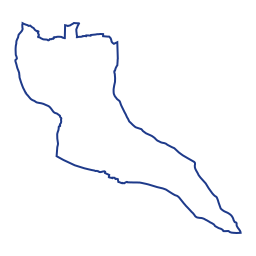 Si Mahosot, Prachin Buri, Thailand
{"feature_id": "78962969B41561963673691", "entity_name": "Si Mahosot", "entity_type": "district", "adm_level": 2, "iso_a3": "THA", "parent_name": "Thailand", "parent_adm1": "Prachin Buri", "projection": "mercator", "projection_center": [101.408, 13.873], "detail": "fine", "context": "isolated", "style": "outline", "palette": "blue", "viewbox_px": 256, "rotation_deg": 0, "n_neighbors": 0, "source": "geoboundaries", "source_scale": "gbopen_adm2", "svg_char_len": 5479}
<svg xmlns="http://www.w3.org/2000/svg" viewBox="0 0 256 256"><path d="M56.6,156.2L63.5,160.0L71.6,163.8L74.8,165.3L76.7,165.9L84.4,168.3L88.5,169.3L92.0,170.1L94.2,170.5L95.5,171.0L97.0,170.9L97.6,171.2L98.5,171.3L98.7,171.6L99.3,172.0L100.6,172.1L101.8,171.8L102.9,171.5L103.9,171.4L104.3,171.3L105.1,171.7L105.0,173.0L107.8,174.3L109.2,174.9L109.0,176.1L108.8,177.1L109.0,177.3L110.5,177.7L110.9,177.7L112.3,178.1L112.5,177.7L114.6,177.8L115.5,179.0L116.7,178.8L117.1,178.9L117.5,179.2L117.8,179.2L118.1,180.7L118.4,182.0L119.5,182.2L120.8,182.8L122.1,183.2L122.3,182.9L123.3,183.1L124.1,183.3L124.9,182.8L125.2,182.6L125.5,182.5L125.8,182.3L126.9,181.9L127.3,182.0L127.7,182.3L127.8,182.3L129.3,182.3L129.7,182.4L137.7,182.5L139.4,182.5L141.1,182.8L146.2,183.9L148.6,184.5L157.2,187.1L162.7,188.4L165.0,189.2L166.2,189.7L169.1,191.6L172.6,193.8L174.9,195.1L176.9,195.8L177.5,196.1L178.6,197.0L179.2,197.6L184.0,203.6L185.0,204.7L185.7,205.6L188.2,208.2L190.8,211.0L191.5,211.8L193.0,213.2L194.2,214.7L195.3,216.3L195.8,216.7L196.3,217.0L197.2,217.5L199.8,217.9L201.4,218.0L202.2,218.2L203.2,218.5L204.4,219.0L205.5,219.7L206.6,220.2L209.7,222.0L210.2,222.4L211.6,223.0L213.7,224.3L214.2,224.8L215.1,226.1L218.7,228.1L220.9,228.8L222.4,229.7L222.8,230.0L223.0,230.5L223.3,231.0L223.6,231.1L226.4,231.1L228.3,231.0L228.6,231.1L229.9,232.1L231.5,232.6L233.3,232.8L236.6,233.0L240.6,232.8L240.5,232.0L240.0,230.8L239.0,229.3L237.9,227.9L237.2,226.7L236.8,225.9L236.6,225.2L236.6,224.6L236.6,223.9L236.6,223.3L236.4,222.9L236.2,222.6L235.6,222.3L234.9,222.2L234.6,221.9L233.7,220.3L233.1,218.4L232.5,217.2L231.5,215.7L231.0,215.2L230.1,214.4L228.5,213.3L227.4,212.7L224.7,211.5L223.6,210.9L222.1,209.8L221.5,209.3L220.7,208.5L220.4,207.7L218.5,202.3L218.0,200.5L217.2,198.4L216.8,197.5L216.4,196.9L214.8,195.9L213.6,194.8L212.2,193.2L208.7,188.3L205.7,183.4L200.4,177.5L198.6,175.1L197.7,173.2L196.2,170.6L195.4,169.0L195.1,168.1L194.9,167.4L194.8,165.5L195.0,164.5L195.0,163.5L194.9,162.9L194.8,162.6L194.5,162.3L194.2,161.9L187.7,158.2L182.9,155.4L180.8,153.9L178.8,152.4L174.3,148.2L171.8,147.1L169.1,145.7L167.4,144.8L166.1,143.8L165.6,143.6L164.9,143.3L164.3,143.1L162.1,142.7L160.8,142.3L159.5,141.6L157.4,140.6L156.8,140.1L155.5,138.9L154.9,138.2L154.2,137.6L152.1,136.1L150.7,135.4L146.0,133.3L142.9,131.0L141.9,129.7L141.5,129.3L141.2,129.1L137.8,128.0L136.0,127.4L135.0,126.8L132.8,124.9L130.8,122.9L129.4,121.6L129.1,121.2L128.1,119.0L127.0,117.2L125.7,114.3L124.5,112.1L121.6,106.2L121.0,104.9L119.9,101.7L119.4,100.9L117.0,99.0L116.4,98.2L115.9,97.5L115.2,96.7L114.7,95.9L113.9,94.0L113.7,93.0L113.6,91.4L113.6,90.3L113.6,89.2L113.8,87.9L114.2,85.5L115.0,81.9L115.1,78.1L114.9,75.6L114.8,74.0L114.6,73.3L114.4,72.8L114.3,71.6L114.6,70.7L114.9,70.5L115.0,70.5L115.3,69.5L115.4,69.0L115.7,68.1L116.7,66.1L116.9,65.9L117.3,65.4L117.6,61.2L117.6,60.7L117.7,59.1L117.8,58.8L117.3,42.2L113.9,43.8L112.7,43.0L112.1,42.3L111.7,41.8L111.6,41.6L111.2,39.8L110.7,38.4L110.6,38.2L110.0,37.6L109.3,36.7L109.1,36.6L107.6,36.6L103.1,36.2L103.1,34.1L100.4,34.0L98.5,34.2L97.1,34.2L95.7,34.5L91.8,34.9L90.9,35.0L90.6,35.7L89.1,35.5L86.4,35.4L86.4,35.5L86.2,36.2L84.5,36.0L83.0,36.1L82.9,36.1L82.9,36.3L81.0,36.8L79.6,36.8L78.6,36.9L77.7,37.0L77.2,37.2L76.9,37.2L77.0,35.9L76.8,34.9L76.7,34.4L76.6,33.0L76.4,31.5L76.3,29.4L77.5,26.4L77.7,25.8L78.4,24.7L79.0,23.4L78.9,23.3L78.7,23.3L75.9,23.2L73.9,23.0L73.7,23.1L73.1,23.6L71.5,24.5L70.1,25.4L69.8,25.5L69.1,25.6L67.8,26.0L67.6,25.9L66.5,25.5L65.1,25.2L64.8,38.1L64.3,38.1L64.1,38.0L62.5,37.6L62.3,37.5L61.9,37.1L61.2,36.9L58.6,36.7L57.0,36.8L56.2,37.1L55.1,37.1L54.4,37.4L54.3,37.2L54.1,37.2L53.7,37.5L53.8,38.3L53.7,38.4L53.1,38.9L52.9,38.9L52.6,38.8L52.3,38.8L51.8,38.9L51.0,39.3L50.2,39.1L49.9,39.1L49.7,39.2L49.0,40.1L48.5,40.3L48.1,40.3L47.1,39.7L46.9,39.6L43.6,39.4L42.9,39.2L42.1,38.8L41.0,38.3L39.7,37.4L38.4,37.1L38.2,37.1L38.1,36.9L38.1,36.7L38.6,35.7L38.8,35.3L38.8,34.6L38.8,34.4L38.3,33.9L38.1,33.5L38.0,33.2L38.0,32.6L38.5,31.7L38.4,31.4L37.3,31.0L36.9,31.3L36.7,31.2L35.7,30.4L35.2,30.1L34.6,29.5L33.9,28.4L33.5,28.0L32.2,27.3L31.6,26.8L30.9,26.2L30.2,25.6L28.9,25.9L28.5,25.9L28.3,25.8L27.9,25.3L27.7,25.2L26.0,24.7L25.0,24.3L23.9,23.9L23.0,23.4L22.6,23.2L22.6,23.9L22.3,24.7L22.3,25.0L22.4,27.6L22.6,28.6L22.6,29.2L22.0,30.7L20.9,32.1L19.3,33.9L18.6,34.8L18.0,37.6L17.5,38.5L16.9,39.9L16.5,40.9L16.4,41.6L16.3,42.3L16.3,43.5L16.1,44.4L15.8,45.9L15.6,48.7L15.6,50.0L15.7,52.8L15.8,54.9L16.1,55.7L16.4,56.3L16.8,57.9L16.9,58.3L16.8,58.6L16.5,59.1L15.4,60.1L15.4,60.8L15.5,61.5L16.3,64.0L17.1,67.2L17.5,68.5L18.2,70.2L19.1,72.7L19.2,73.3L19.2,74.1L19.4,75.1L19.5,76.8L19.6,77.7L21.1,82.5L22.2,85.5L23.1,87.8L23.5,88.6L24.0,89.5L24.8,91.2L25.3,92.0L25.5,92.7L25.9,92.9L26.3,93.8L26.7,94.3L27.9,95.6L29.7,97.8L30.4,98.6L30.8,99.0L32.1,99.9L32.6,100.1L33.3,100.5L34.4,100.9L35.8,101.9L36.7,102.4L37.1,102.5L38.5,102.8L41.4,103.3L42.8,103.7L43.5,103.9L45.5,104.8L48.1,105.9L49.1,106.5L49.8,107.1L51.0,108.5L51.8,109.6L52.8,111.0L53.7,112.1L54.9,112.9L55.9,113.2L56.8,113.5L57.0,113.6L58.8,114.9L59.9,115.7L59.9,116.0L59.9,116.3L60.2,116.9L60.5,117.5L61.1,117.9L61.3,118.4L61.3,118.7L61.0,119.8L61.2,121.4L61.1,122.2L60.7,123.4L60.0,124.2L59.9,124.5L59.9,124.9L60.1,125.4L60.1,125.8L60.1,126.0L59.9,126.2L59.1,126.4L58.9,126.5L58.8,126.8L58.7,127.4L58.7,128.5L58.5,129.4L58.5,129.9L57.8,131.8L57.4,133.2L57.2,134.3L57.3,138.6L58.0,143.5L57.9,144.7L57.3,147.1L56.6,156.2Z" fill="none" stroke="#1e3a8a" stroke-width="2"/></svg>